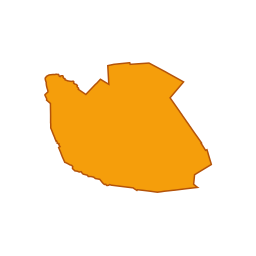 Nava, Coahuila, Mexico, rotated 237°
{"feature_id": "50627088B13414539887729", "entity_name": "Nava", "entity_type": "district", "adm_level": 2, "iso_a3": "MEX", "parent_name": "Mexico", "parent_adm1": "Coahuila", "projection": "orthographic", "projection_center": [-100.575, 28.492], "detail": "fine", "context": "isolated", "style": "filled", "palette": "amber", "viewbox_px": 256, "rotation_deg": 237, "n_neighbors": 0, "source": "geoboundaries", "source_scale": "gbopen_adm2", "svg_char_len": 3377}
<svg xmlns="http://www.w3.org/2000/svg" viewBox="0 0 256 256"><g transform="rotate(237 128 128)"><path d="M40.3,154.0L42.1,153.3L42.3,153.3L45.1,152.4L52.3,158.2L52.6,158.4L52.5,160.0L52.5,161.5L52.0,178.0L53.8,178.6L55.6,179.1L56.3,179.3L60.0,180.4L60.4,180.5L64.0,181.6L66.8,182.4L67.0,180.9L70.0,180.9L75.4,181.0L75.4,181.5L76.6,181.5L82.9,181.3L87.0,181.1L92.9,180.9L93.8,180.9L94.2,180.9L94.7,180.9L95.1,180.9L95.4,180.8L96.0,180.8L96.4,180.8L96.7,180.8L97.2,180.8L97.7,180.8L97.8,180.8L100.2,180.7L102.0,180.6L102.4,180.6L102.9,180.6L103.1,180.6L103.8,180.6L104.2,180.6L104.6,180.5L104.9,180.5L105.2,180.5L105.9,180.5L106.5,180.5L107.0,180.5L107.7,180.4L108.0,180.4L108.3,180.4L108.8,180.4L109.6,180.4L110.6,180.4L111.7,180.3L112.1,180.3L113.1,180.3L113.4,180.3L122.0,180.0L130.4,179.7L136.4,199.7L151.8,191.5L154.9,189.9L171.0,181.0L171.8,179.6L175.1,173.7L180.2,164.5L181.8,165.0L183.4,161.9L186.5,155.9L189.2,150.6L191.3,145.0L175.1,135.7L179.7,133.4L182.7,132.0L183.9,131.4L182.6,126.4L182.3,124.3L179.1,110.9L187.5,107.4L187.9,108.0L188.4,108.2L189.9,107.8L190.8,108.0L191.1,108.6L192.5,108.5L193.5,107.6L195.1,106.8L196.2,107.7L196.9,107.7L197.4,107.1L197.5,106.5L198.8,104.8L200.4,103.1L202.2,101.9L202.5,101.5L202.9,101.5L203.8,102.0L204.8,101.2L206.0,101.2L206.5,101.7L207.4,101.7L208.3,100.3L208.3,99.5L208.1,99.0L208.9,98.6L210.5,98.9L210.8,98.9L211.0,98.6L211.3,98.1L211.7,97.7L211.9,97.4L212.2,97.1L212.3,96.9L212.5,96.4L212.5,96.2L212.6,95.9L213.1,95.2L213.8,94.1L214.5,92.7L215.0,91.7L215.4,90.8L215.5,90.6L215.5,90.4L215.6,89.5L215.6,88.9L215.7,88.4L215.7,87.8L215.7,87.6L215.6,87.4L215.2,86.8L215.2,86.6L215.1,86.2L215.0,85.8L214.3,85.3L213.3,84.9L212.7,84.7L212.3,84.6L211.0,84.3L210.8,84.3L210.3,83.9L209.6,83.5L207.7,82.6L206.6,82.2L205.0,81.7L204.1,81.5L203.2,81.2L202.6,81.0L202.1,80.6L201.8,80.3L201.7,80.0L201.7,79.3L201.6,78.7L201.4,78.1L201.4,77.9L201.3,76.9L201.2,76.6L201.1,76.4L200.7,76.2L198.4,75.9L197.2,75.8L197.0,75.7L196.4,75.4L196.2,75.3L196.0,75.2L195.9,75.2L195.7,74.9L190.8,76.3L188.6,74.9L185.9,73.2L181.4,70.4L179.7,69.3L175.4,66.5L174.5,65.9L174.0,65.7L173.7,65.5L173.0,65.1L171.6,64.2L170.1,63.2L168.2,62.9L165.3,62.3L165.1,62.2L164.6,62.2L163.9,62.0L163.5,61.9L162.2,61.7L159.5,61.2L159.4,61.1L159.2,61.1L158.7,61.0L158.2,60.9L157.8,60.8L157.3,60.7L157.2,60.7L156.9,60.7L156.5,60.6L156.0,60.5L156.0,61.0L155.7,60.9L155.4,60.9L155.2,60.9L154.6,60.8L154.0,60.8L153.9,60.8L153.8,60.6L153.7,60.4L153.3,60.7L153.0,60.9L152.9,61.0L152.4,61.4L152.3,61.2L152.2,61.0L151.7,60.9L151.4,60.9L151.4,61.0L151.0,60.9L149.7,60.8L149.4,60.8L149.6,60.1L149.4,59.5L149.4,59.2L144.0,58.2L143.7,58.1L139.4,57.2L133.6,56.3L133.2,56.7L131.9,57.5L130.5,58.3L128.6,59.3L127.4,60.4L125.7,60.6L124.6,59.5L123.9,59.4L123.2,59.6L121.0,60.1L119.4,61.9L117.7,63.1L117.4,63.7L116.9,64.9L114.6,65.0L113.6,65.4L113.3,65.7L110.7,68.1L110.0,68.3L109.0,68.2L107.4,70.6L106.6,71.4L105.4,72.5L103.4,73.1L102.3,74.3L100.3,76.4L96.0,76.8L94.6,77.1L94.4,77.1L93.3,77.7L93.1,78.2L92.9,78.7L92.7,78.7L92.0,78.7L91.5,78.9L91.3,79.1L91.2,79.1L90.8,79.9L90.7,80.1L90.5,80.7L90.5,81.9L89.3,82.7L80.7,92.9L75.0,99.7L74.7,99.8L73.6,100.2L70.8,101.5L71.1,102.3L67.0,107.3L62.8,112.3L59.5,116.1L58.4,117.4L58.2,117.6L58.1,117.8L56.4,121.3L55.1,124.2L52.9,128.5L51.3,131.7L50.6,133.0L50.3,133.6L45.6,143.3L40.3,154.0Z" fill="#f59e0b" stroke="#b45309" stroke-width="1.5"/></g></svg>